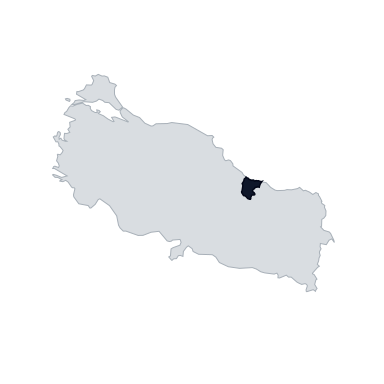 where Giresun sits in Turkey, rotated 24°
{"feature_id": "TUR-2292", "entity_name": "Giresun", "entity_type": "Province", "adm_level": 1, "iso_a3": "TUR", "parent_name": "Turkey", "parent_adm1": "", "projection": "orthographic", "projection_center": [38.652, 40.562], "detail": "fine", "context": "in_parent", "style": "filled", "palette": "ink", "viewbox_px": 384, "rotation_deg": 24, "n_neighbors": 0, "source": "natural_earth", "source_scale": "10m", "svg_char_len": 4840}
<svg xmlns="http://www.w3.org/2000/svg" viewBox="0 0 384 384"><g transform="rotate(24 192 192)"><path d="M288.4,144.0L293.3,145.6L294.9,144.3L299.3,144.3L303.4,145.1L305.4,142.1L308.3,142.3L308.9,143.7L310.2,144.2L314.5,147.7L314.1,148.2L315.2,149.6L318.8,150.3L319.2,152.1L322.1,154.8L323.8,159.1L323.1,162.2L321.7,164.2L324.3,170.6L323.6,171.5L328.1,173.4L333.6,172.7L335.5,173.5L341.1,178.3L342.6,180.2L338.8,178.0L336.8,180.3L336.1,185.5L330.2,186.8L331.3,190.0L333.0,191.4L332.7,194.6L333.2,195.8L334.9,197.8L334.9,200.6L335.7,203.5L335.9,207.1L338.5,208.0L337.4,209.8L335.1,217.1L335.3,217.7L337.2,217.8L341.6,220.8L340.9,222.0L341.7,226.6L345.5,229.3L345.0,230.9L345.2,232.5L342.5,231.9L337.4,236.4L336.8,236.3L336.0,235.0L335.6,230.8L334.3,229.8L332.6,229.7L329.8,231.8L327.1,231.8L324.4,231.6L317.3,229.4L314.8,230.5L312.0,229.6L307.0,234.9L305.4,235.4L304.5,232.9L302.6,231.6L300.4,233.6L291.4,236.3L287.2,236.9L282.1,236.2L277.9,236.5L266.5,242.4L255.6,245.5L245.7,245.3L240.3,241.8L236.1,241.0L223.4,246.2L217.2,245.9L215.2,243.7L210.5,242.7L209.4,244.8L208.3,249.8L209.9,254.5L207.2,254.7L205.4,255.7L204.9,259.2L202.4,260.5L201.5,262.6L201.1,262.6L197.2,260.8L198.3,259.1L196.0,252.5L197.3,250.6L202.6,245.5L202.5,242.4L200.4,240.2L193.8,243.8L193.1,245.3L191.6,246.4L189.2,246.8L177.9,241.3L171.0,245.4L164.9,251.5L160.4,253.6L147.5,254.6L145.1,255.7L140.9,254.1L138.4,252.2L132.9,244.4L122.2,238.0L110.6,235.7L109.4,237.0L108.6,242.6L106.2,247.7L105.2,248.2L102.7,246.6L93.4,248.8L86.0,244.5L84.9,242.9L83.7,236.6L82.6,236.0L81.3,236.7L80.0,236.5L74.8,233.3L71.9,232.7L69.8,235.1L66.8,235.8L66.8,235.1L68.2,233.6L63.5,233.3L60.9,234.3L57.7,233.1L58.0,232.4L60.8,231.9L67.0,231.7L71.4,228.1L56.7,226.5L55.2,227.2L55.3,225.1L56.2,224.2L60.1,223.9L60.1,222.1L58.0,219.9L55.6,218.6L54.9,214.0L53.8,212.7L54.0,212.1L56.5,211.6L57.4,208.5L57.3,206.4L52.8,204.1L51.8,204.1L50.8,202.2L49.0,200.7L47.3,201.5L42.9,198.2L44.0,196.4L45.2,196.6L45.6,195.1L45.0,192.5L45.3,191.2L46.3,191.0L47.5,191.4L48.4,193.1L48.2,196.0L49.2,197.8L50.3,196.2L52.3,197.5L56.2,197.1L57.1,196.5L54.3,196.2L53.3,195.3L51.7,190.3L54.1,189.3L56.1,187.2L53.1,185.2L54.2,182.1L51.9,178.1L56.2,173.9L56.1,173.2L55.0,172.8L43.5,173.2L43.6,171.1L44.7,169.4L45.2,164.9L46.0,162.6L48.2,162.1L51.2,158.9L55.9,155.3L60.1,156.0L62.0,155.0L64.5,155.3L65.1,157.1L67.2,158.5L71.1,158.8L73.1,158.0L71.6,155.7L73.9,155.3L75.6,156.0L74.4,158.1L74.9,158.4L80.1,158.4L85.3,159.5L91.3,159.9L92.1,159.3L88.2,156.5L91.0,154.8L92.6,154.6L105.1,154.1L105.2,153.6L97.8,151.8L94.2,148.7L93.3,147.2L94.4,143.7L95.3,142.9L98.1,143.1L107.1,145.6L113.8,145.3L120.9,148.3L127.8,148.4L129.4,147.5L131.4,144.3L141.6,139.5L145.2,136.8L160.7,132.1L183.3,134.3L187.4,132.2L189.6,133.0L188.9,134.5L189.0,135.9L191.6,139.4L195.6,141.5L201.2,140.0L203.3,140.7L205.1,146.1L208.6,149.4L210.2,149.7L212.4,147.8L214.4,147.7L217.8,149.6L218.9,151.5L229.8,153.8L232.1,155.5L239.5,157.1L255.9,153.3L262.0,155.8L267.0,156.5L269.2,156.1L275.8,152.9L277.8,151.2L281.9,149.6L287.0,146.0L288.4,144.0ZM79.7,125.4L79.0,127.7L79.7,130.4L81.5,134.3L83.6,136.4L94.0,142.6L91.9,147.0L89.1,147.4L79.9,144.1L75.9,145.5L73.2,144.7L69.2,145.0L67.8,147.7L64.7,150.5L56.7,153.4L48.7,160.1L46.6,160.9L47.9,158.4L48.1,156.0L51.5,153.8L56.0,152.3L57.4,150.8L46.7,149.6L46.0,147.0L47.2,146.7L51.2,143.0L51.8,141.3L52.0,137.1L56.5,135.3L57.0,134.4L56.9,130.2L53.3,127.2L53.5,126.1L56.5,125.4L58.5,122.7L62.6,122.7L64.7,121.6L68.4,121.4L72.3,125.5L77.7,124.8L79.7,125.4ZM43.2,159.1L39.5,159.2L38.5,158.4L39.8,157.3L42.7,156.9L43.4,158.2L43.2,159.1Z" fill="#d9dde1" stroke="#a8b0b8" stroke-width="1"/><path d="M235.3,156.4L236.0,156.5L236.7,156.8L237.0,156.8L237.7,156.6L238.0,156.6L238.7,157.3L239.0,157.3L239.6,157.1L240.2,157.2L240.6,157.3L240.8,157.1L242.0,157.1L242.2,156.9L242.8,156.3L243.0,156.2L243.5,156.1L243.8,156.2L244.1,156.5L244.3,156.5L244.6,156.5L244.8,156.5L244.9,156.4L245.0,156.3L245.2,156.1L245.4,156.1L245.7,155.7L245.8,155.6L246.2,155.4L247.3,155.2L247.6,155.0L247.8,154.8L248.1,154.7L249.9,154.6L251.2,154.3L251.3,154.3L251.6,154.0L251.1,156.6L251.1,157.6L251.3,159.5L251.5,160.3L249.7,160.5L249.5,160.8L249.5,161.1L249.2,161.3L248.8,161.4L248.3,161.8L247.8,162.1L247.6,162.6L247.8,163.3L247.5,163.8L247.1,164.3L246.9,164.6L246.7,165.6L246.8,166.4L247.2,166.9L249.1,167.4L249.5,167.8L250.0,168.2L250.3,168.3L250.3,169.1L249.8,169.5L248.2,170.3L247.8,170.8L247.8,171.5L247.9,172.2L247.8,172.9L248.0,173.6L248.4,174.2L248.3,174.9L247.6,175.2L246.2,175.3L245.5,175.3L243.9,174.5L242.2,173.9L240.6,174.3L239.6,173.7L238.7,173.0L237.8,172.5L237.2,171.6L237.2,170.4L235.9,165.5L234.4,163.8L234.5,163.2L234.7,162.8L234.8,162.1L234.7,161.4L234.8,160.7L234.7,160.0L234.5,159.4L234.5,158.7L234.7,158.2L235.1,157.8L235.3,157.2L235.3,156.5L235.3,156.4Z" fill="#0f172a" stroke="#020617" stroke-width="1.5"/></g></svg>